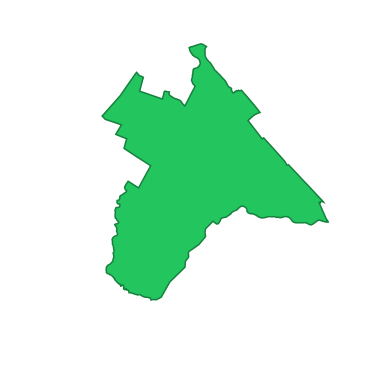 the district of Magurele, Prahova, Romania, rotated 222°
{"feature_id": "2599482B52570992106417", "entity_name": "Magurele", "entity_type": "district", "adm_level": 2, "iso_a3": "ROU", "parent_name": "Romania", "parent_adm1": "Prahova", "projection": "natural_earth1", "projection_center": [26.057, 45.099], "detail": "fine", "context": "isolated", "style": "filled", "palette": "green", "viewbox_px": 384, "rotation_deg": 222, "n_neighbors": 0, "source": "geoboundaries", "source_scale": "gbopen_adm2", "svg_char_len": 6006}
<svg xmlns="http://www.w3.org/2000/svg" viewBox="0 0 384 384"><g transform="rotate(222 192 192)"><path d="M72.4,261.6L72.6,261.1L90.6,269.2L90.4,269.7L89.6,269.8L89.4,269.9L89.7,270.4L89.8,271.1L89.7,271.3L88.6,272.1L87.4,272.5L87.8,272.6L102.1,273.8L107.3,274.3L119.3,275.2L123.3,275.6L138.6,276.8L139.2,275.5L144.0,277.0L144.4,276.9L145.4,277.1L147.1,277.3L175.0,280.2L175.4,278.4L198.2,282.6L198.0,283.8L197.9,285.7L197.6,288.6L197.2,290.9L196.8,292.1L196.0,294.0L195.1,295.8L194.6,296.6L195.1,296.7L197.2,297.1L204.6,298.3L211.4,299.2L216.2,299.9L219.8,300.2L221.7,300.6L223.3,300.7L223.7,300.3L223.7,300.0L223.8,299.7L224.2,299.1L224.5,298.9L225.0,298.9L225.4,298.8L225.5,298.7L225.5,298.4L225.5,298.1L225.7,297.9L225.9,297.5L226.3,297.6L226.5,297.5L226.6,297.2L226.5,296.8L226.9,296.4L226.7,296.0L227.0,295.6L227.0,295.4L227.3,295.0L227.2,294.5L227.3,294.2L227.3,293.6L227.3,293.4L227.7,293.2L228.7,293.2L231.1,294.2L231.8,295.3L233.4,295.3L234.9,294.7L235.4,294.6L240.7,296.6L244.0,297.1L245.6,297.1L248.8,297.6L250.9,297.7L252.6,297.7L253.6,297.7L254.3,298.0L255.3,297.8L255.9,297.8L257.1,298.0L259.2,298.8L261.0,299.2L262.9,299.8L263.8,300.0L265.5,300.3L266.3,300.2L267.2,300.3L267.9,300.3L268.5,300.5L269.8,300.6L271.1,301.0L271.7,301.3L272.6,301.5L273.2,301.8L274.1,302.8L274.8,303.4L276.2,305.1L276.9,305.5L277.5,306.2L277.8,307.0L278.0,307.2L278.3,307.3L278.4,308.0L278.5,309.8L283.1,308.9L284.6,308.0L287.8,302.6L288.3,301.5L289.7,299.5L290.5,298.1L290.7,297.3L290.1,297.0L288.6,296.0L287.0,295.1L283.1,294.2L282.7,294.2L282.1,294.3L281.0,294.3L279.6,294.6L278.6,295.0L276.3,295.3L275.0,295.1L274.0,294.7L273.3,294.0L272.5,293.7L272.3,293.6L271.4,292.2L271.3,291.7L271.3,291.2L271.0,290.6L271.0,290.3L271.2,289.3L271.1,288.9L271.1,288.6L271.5,287.3L272.5,286.0L272.7,285.4L272.9,285.2L273.2,284.5L273.1,284.1L272.9,283.7L272.6,283.6L272.6,283.2L272.2,283.0L272.1,282.4L271.5,281.9L271.1,281.1L270.0,279.6L270.0,279.1L269.3,278.5L268.7,277.8L267.5,275.3L267.2,274.8L266.3,274.2L265.9,274.1L265.4,273.8L263.7,273.0L261.5,272.8L260.5,272.6L259.6,269.6L259.4,268.3L258.9,266.8L258.5,264.8L257.9,262.8L257.5,261.3L256.4,257.2L255.7,254.6L255.0,251.0L258.7,251.4L260.4,252.0L262.4,252.0L264.2,251.4L268.4,249.6L269.2,249.5L270.9,249.3L272.9,248.9L274.4,249.4L274.8,249.7L275.3,250.1L275.7,251.2L277.7,249.9L279.4,249.0L279.6,248.9L279.8,248.5L279.7,247.9L278.2,245.3L277.0,242.7L276.7,242.3L276.2,241.3L298.4,231.9L304.3,243.4L304.5,244.0L304.8,244.6L305.2,244.6L306.3,244.4L307.1,244.1L308.0,243.5L309.0,243.5L309.8,243.2L311.5,243.7L313.3,243.8L313.2,242.3L312.3,235.3L310.0,217.0L309.8,216.5L309.8,215.8L309.6,190.2L309.6,188.3L308.1,188.2L306.1,188.0L305.0,188.0L289.4,194.7L287.2,183.8L280.8,186.1L276.2,187.9L271.7,178.9L256.6,181.2L240.3,183.9L234.5,159.5L234.5,159.3L246.6,157.3L246.6,156.6L246.2,153.6L245.6,151.6L245.6,151.2L245.4,150.6L244.6,149.9L243.9,149.5L243.4,149.3L241.3,149.0L241.0,148.6L241.1,147.0L241.7,145.4L242.0,143.3L242.7,141.4L242.7,141.1L242.7,140.6L242.6,140.4L241.5,139.1L241.0,137.7L240.9,137.2L242.0,135.6L241.7,135.1L241.1,134.6L240.6,133.9L240.4,133.8L238.8,133.7L238.2,134.1L237.9,134.4L237.2,134.6L236.6,133.7L236.1,132.8L235.9,132.3L235.9,132.1L236.6,131.3L237.1,130.3L237.8,130.0L237.9,129.8L238.0,129.2L237.8,128.8L237.4,128.3L237.3,127.3L237.1,127.0L236.3,126.4L235.2,125.4L234.2,124.0L232.8,122.4L231.5,121.4L231.2,121.6L230.4,121.4L228.1,120.7L226.6,120.7L226.3,120.4L226.1,120.1L226.0,119.1L226.2,118.5L227.5,116.8L227.6,116.7L227.6,116.0L225.9,115.5L224.5,115.3L224.2,115.1L222.9,114.1L222.4,113.4L222.0,112.5L221.8,112.3L220.1,111.6L219.1,110.7L218.8,110.3L218.7,110.0L218.7,109.7L218.9,109.1L220.0,107.1L220.1,106.3L220.2,105.6L220.1,104.6L219.7,103.4L219.4,103.1L217.6,101.7L217.3,101.1L216.6,100.4L216.0,99.9L215.6,99.7L214.7,99.5L214.4,99.3L212.2,97.3L210.4,96.1L210.2,95.9L210.0,95.2L210.0,94.5L209.8,94.0L209.3,93.5L206.9,91.8L206.6,91.4L206.0,90.0L205.7,89.2L205.1,88.6L204.7,87.7L204.5,85.1L204.7,83.6L205.5,81.2L205.4,79.3L205.4,79.1L205.1,78.6L204.6,78.0L203.5,76.5L202.3,75.5L202.0,75.0L200.8,74.8L199.9,74.9L199.5,75.2L199.0,75.6L197.7,75.6L196.0,76.2L192.4,75.9L192.2,75.9L191.9,76.1L191.6,76.0L191.4,75.5L191.2,75.3L190.7,75.2L187.6,74.9L186.7,74.7L185.9,74.9L184.5,74.8L184.3,74.9L184.2,75.4L182.9,75.1L182.5,74.5L181.9,74.3L181.7,74.5L181.4,76.6L181.1,76.8L178.8,75.6L178.7,75.0L178.5,74.7L178.1,74.4L177.7,74.2L177.0,74.2L176.7,74.4L176.7,75.2L176.4,75.9L176.2,76.1L175.6,75.9L175.5,75.4L175.4,75.3L174.0,76.1L173.5,76.3L172.6,75.9L172.1,75.5L171.2,75.0L170.2,76.1L169.7,76.3L166.6,77.7L163.7,79.0L163.4,79.3L162.5,80.5L162.2,80.7L161.1,81.1L159.7,81.2L158.5,81.7L158.1,81.7L157.0,82.2L156.2,82.6L154.7,83.9L153.2,84.6L152.4,85.5L150.2,84.3L149.2,85.8L148.2,86.7L146.6,87.8L145.2,91.2L144.5,93.4L148.3,110.4L146.9,131.4L150.5,136.1L151.0,141.5L154.1,144.4L154.4,145.9L151.7,157.4L152.1,168.0L155.3,170.6L157.3,173.7L156.8,184.4L152.5,184.6L151.9,185.0L151.4,185.8L151.3,186.4L151.3,186.8L151.9,189.7L152.6,191.7L152.6,192.2L151.7,193.7L149.7,196.4L149.5,197.3L149.3,198.5L148.6,201.0L148.5,201.5L148.7,202.4L148.7,203.2L148.7,204.2L148.3,204.9L148.0,206.0L147.2,207.5L146.8,208.4L146.6,209.2L146.5,211.4L146.3,212.7L146.0,214.2L145.8,214.7L144.3,215.7L142.9,216.2L142.1,216.4L140.9,216.2L139.9,216.0L139.3,215.6L138.0,214.3L137.2,214.2L136.1,214.2L133.6,215.2L132.6,216.3L131.5,216.7L128.8,217.7L126.6,217.8L123.4,219.0L122.6,219.6L121.8,220.3L120.6,221.9L119.1,224.3L117.5,226.0L115.7,227.3L114.8,228.4L114.2,228.9L113.2,229.3L112.6,229.5L112.1,229.8L110.8,231.1L110.3,231.4L109.5,231.7L108.8,232.4L108.2,233.2L106.7,235.7L106.3,236.2L105.0,237.1L104.2,237.6L103.4,237.9L102.5,238.1L100.5,238.0L98.2,237.5L97.2,237.4L96.3,237.6L94.7,238.3L93.5,239.2L91.1,241.5L89.4,242.9L87.0,245.3L84.4,246.0L82.8,246.5L82.0,246.9L81.4,247.4L81.1,247.9L80.7,249.1L79.8,253.3L79.3,255.3L79.0,255.9L78.3,256.5L77.8,256.8L76.7,257.1L74.6,258.1L73.5,258.7L71.8,259.7L70.7,260.8L72.4,261.6Z" fill="#22c55e" stroke="#15803d" stroke-width="1.5"/></g></svg>